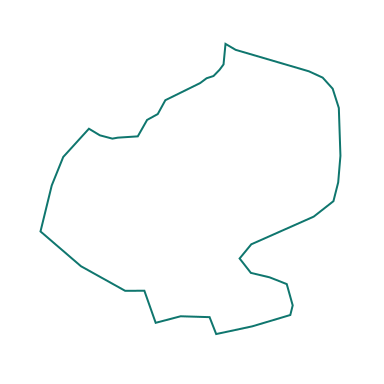 outline of Vilakas, rotated 354°
{"feature_id": "LVA-5742", "entity_name": "Vilakas", "entity_type": "Municipality", "adm_level": 1, "iso_a3": "LVA", "parent_name": "Latvia", "parent_adm1": "", "projection": "equal_earth", "projection_center": [27.651, 57.187], "detail": "fine", "context": "isolated", "style": "outline", "palette": "teal", "viewbox_px": 384, "rotation_deg": 354, "n_neighbors": 0, "source": "natural_earth", "source_scale": "10m", "svg_char_len": 654}
<svg xmlns="http://www.w3.org/2000/svg" viewBox="0 0 384 384"><g transform="rotate(354 192 192)"><path d="M240.8,48.2L250.3,55.2L320.9,84.2L333.9,91.9L342.7,104.0L346.8,123.8L343.4,171.5L338.4,197.7L331.7,215.9L310.5,229.2L245.5,250.2L232.4,263.1L242.1,278.6L260.3,285.0L276.6,293.5L280.3,315.3L276.9,324.6L237.9,331.9L201.2,335.8L196.4,318.3L167.7,314.4L142.2,318.3L134.3,285.2L115.2,283.3L73.8,254.2L37.2,215.4L53.2,170.8L67.6,143.7L96.1,118.3L106.3,126.0L118.4,130.6L123.9,130.2L143.9,131.0L154.9,115.6L166.1,110.9L175.1,97.9L211.5,84.5L218.4,80.4L225.5,78.9L232.1,73.4L236.7,68.4L240.8,48.2Z" fill="none" stroke="#0f766e" stroke-width="2"/></g></svg>